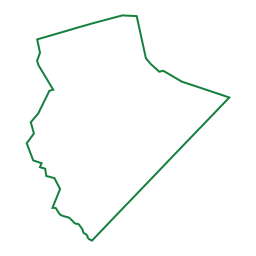 Edgefield, South Carolina, United States of America (Equal Earth projection)
{"feature_id": "52423323B30535713106767", "entity_name": "Edgefield", "entity_type": "district", "adm_level": 2, "iso_a3": "USA", "parent_name": "United States of America", "parent_adm1": "South Carolina", "projection": "equal_earth", "projection_center": [-82.027, 33.754], "detail": "fine", "context": "isolated", "style": "outline", "palette": "green", "viewbox_px": 256, "rotation_deg": 0, "n_neighbors": 0, "source": "geoboundaries", "source_scale": "gbopen_adm2", "svg_char_len": 750}
<svg xmlns="http://www.w3.org/2000/svg" viewBox="0 0 256 256"><path d="M93.4,23.1L78.6,27.3L37.2,39.4L40.0,52.8L37.1,60.7L38.6,65.4L53.2,89.7L49.4,90.8L38.1,113.7L30.8,122.2L33.9,133.5L26.7,143.3L33.2,160.4L41.6,163.2L39.9,167.2L45.2,168.7L46.3,176.0L54.4,178.1L60.1,189.0L53.2,206.0L52.5,207.9L54.8,207.9L56.0,208.3L58.8,213.0L59.8,214.2L60.6,214.9L63.1,216.0L68.6,217.5L70.2,218.6L74.5,223.0L75.3,223.5L75.6,223.7L77.8,223.9L78.9,224.5L82.3,229.1L83.2,231.9L83.9,233.3L85.8,234.0L87.6,236.2L87.6,237.6L89.0,239.1L92.0,240.6L119.2,212.1L121.9,209.3L149.8,180.3L181.0,147.7L205.0,122.8L229.3,97.5L202.8,88.6L181.7,81.6L163.3,70.8L159.3,71.7L150.7,64.0L145.9,58.3L136.7,16.1L122.4,15.4L93.4,23.1Z" fill="none" stroke="#15803d" stroke-width="2"/></svg>